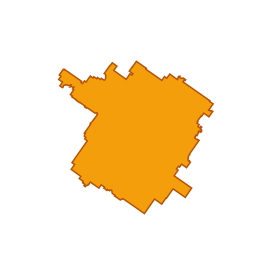 the district of Donnybrook-Balingup, Western Australia, Australia, rotated 125°
{"feature_id": "25037944B94844051789605", "entity_name": "Donnybrook-Balingup", "entity_type": "district", "adm_level": 2, "iso_a3": "AUS", "parent_name": "Australia", "parent_adm1": "Western Australia", "projection": "robinson", "projection_center": [115.939, -33.702], "detail": "fine", "context": "isolated", "style": "filled", "palette": "amber", "viewbox_px": 256, "rotation_deg": 125, "n_neighbors": 0, "source": "geoboundaries", "source_scale": "gbopen_adm2", "svg_char_len": 4570}
<svg xmlns="http://www.w3.org/2000/svg" viewBox="0 0 256 256"><g transform="rotate(125 128 128)"><path d="M188.7,65.5L171.0,65.5L171.0,60.7L171.0,56.7L164.2,56.7L163.5,56.7L163.5,56.2L161.8,56.2L152.3,56.2L152.0,56.1L152.0,41.3L140.7,41.4L140.7,57.9L140.7,60.7L140.7,62.8L134.6,62.8L133.8,62.8L133.8,64.5L133.8,64.8L130.4,64.7L130.4,63.3L126.9,63.3L126.9,57.3L120.2,57.3L120.3,58.7L119.7,58.7L119.7,61.2L119.7,61.3L119.7,61.2L119.4,61.1L119.2,61.0L118.9,61.1L118.7,61.1L118.4,61.1L118.2,61.2L117.0,62.2L115.6,62.2L114.4,62.2L114.4,62.7L99.8,62.7L97.4,62.7L97.4,64.5L97.9,64.5L97.9,66.0L97.9,67.8L96.7,67.8L96.7,68.1L94.8,68.1L94.8,67.1L93.8,67.1L93.8,67.5L90.9,67.5L90.9,68.1L89.7,68.1L89.7,65.9L88.1,65.9L88.1,66.8L87.5,66.8L87.6,67.1L87.2,68.0L85.0,68.1L85.0,69.4L86.7,69.4L86.6,71.6L84.5,71.6L84.5,74.3L82.9,74.3L82.9,74.9L81.6,75.0L80.4,75.0L76.4,75.0L76.4,74.4L76.0,74.4L75.6,74.4L74.1,74.4L72.4,74.4L72.4,73.4L72.4,69.7L72.4,68.1L68.0,68.1L66.2,68.1L66.3,68.2L66.3,68.3L66.5,68.5L66.5,68.8L66.5,69.0L66.5,69.3L66.5,69.6L66.0,69.6L66.2,69.8L66.3,69.9L66.3,70.0L66.5,70.4L67.3,72.1L67.1,72.1L64.9,72.1L59.4,72.1L59.5,76.5L58.7,76.5L58.7,102.0L58.7,109.4L57.6,109.4L57.6,109.5L56.5,109.5L56.5,108.5L55.4,108.5L55.4,111.1L55.8,111.1L56.0,111.9L56.1,112.4L56.3,112.6L57.0,112.9L57.0,113.0L57.0,113.6L56.9,113.6L56.9,114.8L56.9,115.1L55.8,115.1L55.9,115.4L56.0,115.5L56.2,115.8L56.3,115.9L56.4,116.0L56.6,116.0L56.8,116.1L57.0,116.1L57.4,116.1L57.6,116.1L57.8,116.0L58.0,116.0L58.1,115.9L58.3,115.8L58.6,115.7L58.8,115.5L59.1,115.5L59.4,115.4L59.6,115.3L59.8,115.2L60.0,115.2L60.0,117.5L59.8,124.7L65.0,124.8L65.0,127.6L65.3,127.6L69.6,127.6L69.6,143.5L69.6,147.2L68.6,147.2L68.6,159.4L75.2,159.4L75.2,159.6L80.7,159.6L80.7,155.1L82.5,155.1L82.4,157.5L84.1,157.5L84.9,157.5L84.9,157.4L89.2,157.4L89.1,166.4L89.0,172.7L83.7,172.6L83.6,178.3L84.5,178.3L87.0,178.4L87.0,178.6L89.1,178.7L90.9,178.7L96.3,178.7L96.8,178.7L97.0,178.7L96.9,178.5L96.8,178.4L96.8,178.2L97.0,177.9L97.1,177.6L97.2,177.4L97.2,177.2L97.3,177.1L97.5,176.7L97.7,176.4L97.8,176.2L98.1,176.0L98.3,175.9L98.7,175.8L99.0,175.6L99.5,175.4L99.7,175.2L100.0,175.0L100.3,174.9L100.8,174.7L101.0,174.6L101.5,174.5L101.8,174.5L102.0,174.5L102.3,174.8L102.5,175.2L102.5,175.3L102.6,178.4L104.1,178.4L104.1,181.9L105.6,181.9L105.6,184.7L105.6,185.4L107.1,185.4L107.1,188.1L107.0,188.7L114.4,188.7L114.4,190.7L117.7,190.7L117.7,192.7L116.4,192.7L116.4,196.9L116.4,213.8L117.1,213.8L117.1,214.7L121.4,214.7L124.0,214.7L124.0,212.6L128.0,212.6L128.0,208.0L132.6,208.0L132.6,205.4L132.6,205.0L132.5,204.8L132.4,204.7L132.2,204.6L131.8,204.6L131.6,204.7L131.5,204.8L131.3,204.9L131.1,205.0L130.9,205.0L130.6,205.1L130.4,205.1L130.2,205.1L129.9,205.0L129.6,204.9L129.4,204.9L129.3,204.7L129.2,204.4L129.0,204.1L128.6,203.9L128.4,203.8L128.2,203.7L127.9,203.3L127.8,203.2L127.9,202.8L127.9,202.7L127.7,202.3L127.6,202.0L127.5,201.5L127.4,201.2L127.2,200.9L127.0,200.7L126.8,200.5L126.5,200.2L126.4,200.1L126.2,200.0L125.9,200.0L125.8,199.9L125.7,199.9L125.7,199.7L125.4,199.4L125.2,199.2L125.3,199.1L127.6,199.1L127.3,198.8L126.5,197.9L126.3,196.8L126.0,196.2L126.0,195.8L125.9,195.7L127.9,195.7L127.9,194.4L133.7,194.4L133.7,191.9L134.7,191.9L134.7,186.3L135.0,186.3L135.0,182.4L134.7,182.4L134.7,175.7L135.6,175.7L135.6,173.6L134.9,173.6L134.8,172.1L134.8,171.2L134.8,163.8L134.8,163.7L134.6,163.4L134.4,163.2L134.2,163.0L134.1,162.9L133.8,162.6L133.5,162.0L134.2,162.0L134.2,160.8L137.1,160.8L140.1,160.8L140.1,161.0L141.6,161.0L141.6,160.9L144.8,161.2L144.9,161.4L146.4,161.4L146.4,160.8L147.6,160.8L150.0,160.8L153.0,160.8L157.1,160.8L156.6,160.0L159.7,159.2L159.8,158.9L159.8,158.7L159.9,158.3L159.9,158.1L160.0,157.9L160.0,157.7L160.2,157.4L160.1,157.2L161.5,157.2L161.8,157.2L161.9,154.0L183.7,154.0L188.5,154.0L188.5,150.8L194.5,150.8L194.6,143.5L194.7,138.9L197.4,138.9L197.4,136.7L197.4,134.3L198.3,134.3L198.3,133.4L198.9,133.4L198.9,131.0L200.4,131.0L200.4,129.8L200.6,129.8L200.6,129.4L199.4,129.2L198.9,128.7L198.7,128.6L198.0,128.3L197.1,128.3L197.1,127.8L193.9,127.8L193.9,125.4L193.9,122.2L193.9,120.6L193.9,117.3L189.9,117.3L189.9,116.1L189.9,115.3L189.9,114.1L189.9,113.7L189.9,113.3L190.2,113.3L190.9,113.3L191.1,113.3L191.0,112.9L191.1,111.6L191.1,110.4L191.3,110.3L191.3,109.5L190.8,109.5L190.7,109.5L190.1,109.5L190.1,109.0L190.3,108.9L189.9,108.2L189.9,107.0L189.1,107.0L188.8,106.6L188.5,106.0L188.3,105.7L190.6,103.4L190.6,99.9L191.4,100.0L191.4,94.6L191.4,93.0L190.5,92.7L189.7,92.0L189.2,91.7L188.8,91.7L188.7,85.2L188.7,65.5Z" fill="#f59e0b" stroke="#b45309" stroke-width="1.5"/></g></svg>